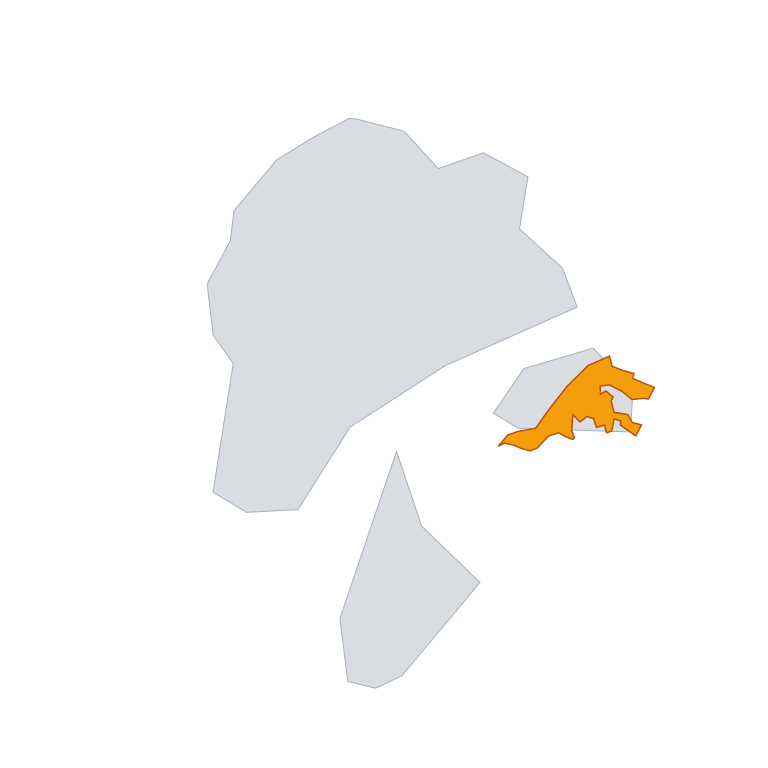 location of Southern within Hong Kong S.A.R., rotated 310°
{"feature_id": "HKG-5156", "entity_name": "Southern", "entity_type": "state/province", "adm_level": 1, "iso_a3": "HKG", "parent_name": "Hong Kong S.A.R.", "parent_adm1": "", "projection": "natural_earth1", "projection_center": [114.195, 22.231], "detail": "fine", "context": "in_parent", "style": "filled", "palette": "amber", "viewbox_px": 768, "rotation_deg": 310, "n_neighbors": 0, "source": "natural_earth", "source_scale": "10m", "svg_char_len": 1339}
<svg xmlns="http://www.w3.org/2000/svg" viewBox="0 0 768 768"><g transform="rotate(310 384 384)"><path d="M311.6,221.7L314.5,218.6L347.0,184.2L395.0,174.2L420.3,157.7L486.4,157.7L526.9,171.0L565.1,186.6L568.8,191.7L590.5,236.7L583.9,287.1L625.0,311.5L635.2,361.1L589.9,388.2L587.3,446.7L567.1,482.5L436.7,418.8L329.2,385.7L232.5,398.8L197.4,361.3L191.2,322.6L302.8,255.3L311.6,221.7ZM293.6,585.1L171.7,585.2L145.6,573.1L132.8,547.5L176.0,501.0L340.4,436.9L299.3,504.3L293.6,585.1ZM530.8,585.0L505.7,603.6L436.4,515.3L432.0,486.5L485.6,481.2L545.8,521.1L542.4,557.3L530.8,585.0Z" fill="#d9dde1" stroke="#a8b0b8" stroke-width="1"/><path d="M550.4,538.8L544.2,547.3L548.0,558.5L552.8,568.8L548.0,570.8L555.1,593.4L542.5,596.2L539.3,591.5L531.5,583.9L531.4,571.2L528.2,557.3L521.3,550.9L515.4,556.4L521.3,558.5L521.3,567.9L517.2,568.8L510.2,578.3L517.3,590.5L514.1,599.0L518.1,607.5L506.1,610.3L504.5,591.5L507.8,588.7L505.0,582.8L494.3,588.7L489.7,585.8L494.3,579.3L487.3,574.6L492.0,567.0L489.7,560.4L480.8,558.5L482.0,548.3L469.1,557.6L465.2,564.2L462.8,564.2L460.5,557.6L458.8,549.1L450.0,543.5L433.6,542.6L426.6,538.8L422.4,529.3L421.0,523.8L416.2,514.3L409.8,511.5L424.6,511.6L434.0,517.3L447.5,528.6L460.4,527.5L471.2,526.7L487.0,526.2L499.6,525.7L529.6,528.6L550.4,538.8Z" fill="#f59e0b" stroke="#b45309" stroke-width="1.5"/></g></svg>